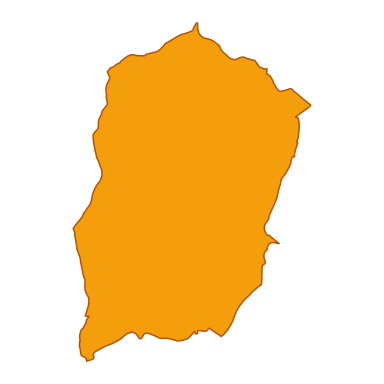 outline of Busbanzá, Boyacá, Colombia
{"feature_id": "7082276B89812106574941", "entity_name": "Busbanzá", "entity_type": "district", "adm_level": 2, "iso_a3": "COL", "parent_name": "Colombia", "parent_adm1": "Boyacá", "projection": "natural_earth1", "projection_center": [-72.875, 5.843], "detail": "fine", "context": "isolated", "style": "filled", "palette": "amber", "viewbox_px": 384, "rotation_deg": 0, "n_neighbors": 0, "source": "geoboundaries", "source_scale": "gbopen_adm2", "svg_char_len": 5844}
<svg xmlns="http://www.w3.org/2000/svg" viewBox="0 0 384 384"><path d="M267.0,69.1L266.8,69.3L262.6,68.4L261.5,67.8L260.7,67.4L259.7,67.2L259.3,66.9L257.8,64.7L256.0,62.2L254.6,60.2L254.1,60.2L252.4,60.0L247.9,58.6L247.0,58.5L244.1,57.2L243.5,57.2L242.1,57.1L240.9,57.3L239.0,58.0L236.9,59.0L235.4,59.5L234.0,59.6L232.5,59.2L230.3,58.5L228.7,57.3L226.9,55.5L223.7,52.7L222.4,51.4L221.4,50.2L219.4,45.9L218.1,44.7L215.7,42.8L214.0,41.5L212.1,40.4L210.3,39.6L208.6,39.0L207.0,38.7L205.0,38.3L203.7,37.7L202.5,37.1L200.5,35.4L198.9,33.4L198.1,30.5L197.7,26.9L197.6,23.2L197.1,23.0L196.4,23.1L196.2,23.2L195.3,25.1L194.2,26.6L193.7,27.4L193.1,29.6L192.8,30.3L190.1,31.8L183.9,33.9L180.6,34.7L178.5,36.0L177.3,36.5L172.8,39.3L165.1,43.8L163.4,46.1L161.1,48.5L158.9,50.4L156.3,51.8L145.9,54.4L145.2,55.1L144.5,55.8L137.6,55.7L136.0,55.5L133.9,54.8L132.3,54.7L131.0,54.8L127.7,56.1L127.0,56.6L124.1,58.7L121.2,61.0L120.2,62.2L119.9,62.7L119.1,63.3L118.0,63.5L115.8,64.9L114.8,65.9L113.4,66.7L111.4,67.6L110.4,67.8L107.4,71.6L107.3,72.0L108.8,75.2L109.5,76.5L109.7,77.4L109.4,79.1L108.8,80.4L107.3,83.5L106.5,85.7L106.2,87.4L105.9,90.1L106.1,92.6L106.4,94.3L106.3,96.9L106.3,97.7L106.7,99.3L107.3,102.5L107.3,103.6L107.3,104.0L106.9,104.9L105.6,106.8L103.4,109.4L102.5,110.7L102.1,111.5L101.8,113.1L101.5,113.8L100.7,115.9L99.9,117.3L99.0,119.3L98.6,120.6L98.4,122.4L98.3,124.1L98.4,126.3L98.0,128.5L96.6,130.3L95.3,131.5L94.4,132.8L93.4,134.0L93.2,135.0L93.2,137.8L93.4,141.0L93.7,143.2L94.4,146.5L94.9,150.1L95.3,151.6L95.8,153.1L96.6,157.0L97.0,158.3L98.1,160.3L99.5,164.0L100.4,166.9L101.0,168.3L101.5,169.0L101.7,170.2L101.9,172.2L101.9,175.5L101.2,177.8L100.7,179.6L100.0,180.9L96.8,185.1L95.1,188.2L93.2,192.6L92.4,194.8L91.6,199.4L91.3,200.7L90.8,202.6L90.5,203.2L89.9,204.6L89.0,205.9L87.4,208.0L85.9,210.1L85.4,211.2L84.2,212.5L83.7,213.2L83.4,214.1L82.2,216.7L81.2,218.1L80.9,218.5L79.7,220.2L77.1,223.1L74.3,226.9L73.3,228.2L73.3,229.0L73.6,229.7L74.4,231.3L74.7,232.4L74.7,233.4L74.7,234.6L74.7,235.4L75.2,237.5L75.8,241.0L76.4,245.2L76.8,247.1L76.9,248.2L77.5,250.7L78.6,253.6L78.8,254.1L79.7,257.0L79.9,257.3L80.2,258.1L80.5,261.3L82.6,271.4L82.6,272.1L83.1,274.5L83.9,277.1L84.4,278.3L84.9,279.4L85.1,280.7L85.1,281.5L85.0,283.4L84.8,286.7L85.0,288.3L85.0,289.3L85.2,290.2L85.6,291.6L86.5,293.9L87.2,294.8L88.4,297.3L88.8,298.9L88.9,299.7L88.7,304.0L88.3,306.0L87.0,309.9L86.1,313.1L85.3,315.6L85.2,315.9L85.6,316.1L87.6,316.3L88.9,316.5L88.7,316.8L88.4,317.3L86.5,320.0L86.3,320.8L86.1,322.5L85.8,323.2L85.3,324.3L84.5,325.3L84.1,326.0L83.6,326.9L83.1,328.1L82.2,329.2L81.2,330.1L80.3,332.6L79.8,334.9L79.6,336.7L80.1,340.7L80.2,341.6L79.6,341.6L79.4,344.2L79.5,345.7L79.6,347.3L80.1,348.5L80.3,349.7L80.4,350.3L80.5,352.1L80.9,354.1L81.4,355.5L82.2,356.2L82.6,356.4L83.3,356.6L84.2,356.8L85.2,357.6L85.5,358.0L85.9,358.5L86.5,359.4L86.8,360.3L86.7,361.0L88.0,360.6L88.9,360.5L90.0,360.1L90.8,360.0L92.2,359.4L93.3,358.6L93.9,357.6L93.9,356.4L93.3,355.5L93.2,354.6L93.5,353.6L94.1,352.6L96.5,350.9L99.1,349.6L101.9,348.0L106.0,345.9L112.5,343.5L115.8,341.6L116.6,341.5L117.5,340.7L118.1,340.5L118.7,340.1L121.3,338.5L123.7,336.3L125.1,335.0L127.2,333.5L130.6,332.7L131.1,331.7L131.5,331.6L133.4,332.5L135.7,333.6L137.0,335.1L138.3,336.8L139.3,338.6L141.2,338.7L143.9,334.3L145.4,333.3L146.3,333.1L147.6,333.0L154.0,335.4L159.2,338.0L161.0,338.3L166.1,338.2L168.7,338.7L170.0,338.8L178.0,341.0L182.1,340.5L187.9,338.5L188.8,337.8L191.0,335.6L193.0,333.0L194.6,331.5L195.2,333.8L197.4,333.7L197.7,330.6L199.3,330.6L206.2,331.3L209.1,328.2L221.2,336.4L223.5,334.7L228.0,329.5L230.0,326.2L232.1,322.3L233.3,319.5L234.6,315.9L236.1,312.0L237.7,308.8L240.4,304.8L242.7,301.9L245.4,298.8L249.2,295.3L249.8,294.7L251.3,292.9L253.0,291.3L254.5,290.0L257.6,287.3L261.0,284.9L261.5,284.4L261.9,276.7L261.7,275.8L261.8,274.6L262.0,274.0L262.0,268.7L262.1,267.9L262.2,267.6L262.2,265.7L262.4,265.5L263.2,264.8L264.1,264.3L264.5,263.9L265.1,263.2L265.4,262.5L265.3,261.5L265.0,260.7L264.3,258.8L263.9,256.4L263.9,255.7L264.0,254.9L264.1,253.8L264.5,252.7L264.8,252.2L265.6,251.1L266.3,250.8L267.1,249.4L267.4,247.6L267.8,246.4L268.2,245.2L268.7,244.4L269.4,243.9L271.1,242.8L271.7,242.7L272.7,242.5L273.8,242.5L274.9,242.7L276.3,243.1L277.6,243.4L278.7,243.6L279.0,243.3L277.5,242.2L275.9,241.0L273.2,238.7L271.8,237.6L271.1,237.1L270.3,236.2L269.3,235.6L268.9,235.4L267.3,235.1L266.7,234.7L266.3,234.0L266.2,233.6L265.9,233.0L264.9,231.0L264.5,230.0L264.3,229.1L264.4,226.9L264.9,224.6L265.9,222.8L267.2,221.2L268.7,218.9L268.8,217.4L269.4,215.5L269.8,214.4L271.0,211.4L271.8,209.7L272.5,208.2L273.3,206.4L274.0,204.8L275.3,202.0L276.5,198.9L277.0,197.5L277.3,195.7L278.4,191.1L279.0,188.5L279.4,187.0L280.1,185.0L280.5,183.4L280.8,182.0L281.6,178.8L285.2,174.2L285.9,173.1L286.5,171.8L287.5,170.4L289.0,167.3L290.2,164.5L290.8,163.4L290.9,163.0L290.9,162.3L291.0,160.4L291.1,160.0L291.9,158.1L292.5,157.4L293.6,156.9L294.5,156.5L294.5,154.9L294.6,153.7L295.0,151.6L296.7,145.9L297.7,142.8L296.8,142.1L298.3,137.0L298.4,136.4L298.5,133.3L298.7,132.2L298.9,131.4L299.0,130.9L299.0,129.4L299.2,128.6L299.2,127.1L299.2,123.7L298.9,121.5L298.5,119.7L298.3,118.6L297.9,117.7L296.7,117.5L296.2,117.5L295.6,117.3L295.5,117.1L298.2,115.0L301.6,112.5L307.7,108.2L308.9,107.2L309.9,106.2L310.7,105.1L307.9,102.8L306.0,101.2L304.8,100.3L302.3,98.4L301.9,98.0L300.3,96.5L298.8,95.2L294.0,91.4L293.2,90.4L292.8,89.8L292.3,89.4L291.6,89.0L290.1,88.7L289.4,88.9L288.9,89.1L288.2,89.4L287.5,89.5L285.6,90.2L284.7,90.4L283.6,90.8L282.1,91.2L280.6,91.2L279.8,91.2L279.2,90.9L278.3,90.2L277.4,89.2L276.6,87.9L275.9,86.8L275.5,86.3L274.5,84.5L273.8,83.3L273.4,82.4L272.6,80.2L271.2,77.6L270.0,75.9L269.0,75.1L266.9,73.8L266.5,73.4L266.7,73.2L266.7,72.2L266.8,71.7L266.8,71.0L266.8,70.5L267.0,69.4L267.0,69.1Z" fill="#f59e0b" stroke="#b45309" stroke-width="1.5"/></svg>